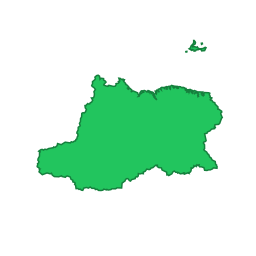 the district of Ambilobe, Diana, Madagascar, rotated 73°
{"feature_id": "10022922B52521872200932", "entity_name": "Ambilobe", "entity_type": "district", "adm_level": 2, "iso_a3": "MDG", "parent_name": "Madagascar", "parent_adm1": "Diana", "projection": "mercator", "projection_center": [49.084, -13.513], "detail": "fine", "context": "isolated", "style": "filled", "palette": "green", "viewbox_px": 256, "rotation_deg": 73, "n_neighbors": 0, "source": "geoboundaries", "source_scale": "gbopen_adm2", "svg_char_len": 5752}
<svg xmlns="http://www.w3.org/2000/svg" viewBox="0 0 256 256"><g transform="rotate(73 128 128)"><path d="M141.8,224.9L143.0,225.1L143.9,225.9L147.6,223.6L147.3,218.6L149.1,215.8L148.9,214.4L150.8,214.2L152.9,212.7L154.4,208.5L154.3,205.5L155.1,205.3L156.8,202.3L156.2,201.3L156.1,200.1L157.9,197.6L160.4,197.5L161.9,196.0L163.4,196.5L164.6,194.8L165.6,194.8L166.2,195.5L167.7,194.9L170.8,195.4L171.3,193.5L172.4,192.8L172.5,191.5L173.7,190.9L174.4,189.5L172.5,187.7L172.8,184.9L173.9,183.5L173.4,181.4L175.1,180.2L176.0,177.5L177.3,177.2L177.5,175.4L179.0,174.5L179.9,172.1L180.1,170.2L179.4,169.0L180.9,166.7L180.5,166.1L181.5,165.2L181.9,162.3L181.4,161.3L182.5,157.6L182.0,156.0L183.5,151.6L179.0,149.8L177.7,146.2L177.0,145.9L176.0,144.3L176.4,142.9L178.8,142.0L179.5,141.1L178.4,139.7L178.5,135.9L177.7,135.6L177.0,134.3L177.5,133.3L176.9,132.3L174.6,131.4L175.4,130.1L175.5,128.1L176.2,126.7L174.7,126.3L174.4,124.2L172.8,122.1L174.0,119.9L173.8,118.5L173.0,117.6L173.2,115.9L171.7,112.4L172.2,110.8L173.3,111.4L174.9,110.1L175.9,107.7L178.1,107.7L181.5,104.0L184.3,104.5L184.4,103.6L185.4,102.9L184.6,99.4L183.1,97.9L182.7,96.3L184.3,95.3L184.9,93.6L185.6,93.6L185.5,92.8L187.1,91.4L187.5,89.1L187.1,88.0L187.3,87.5L187.8,88.2L188.6,87.7L188.4,84.2L189.2,83.0L188.4,83.1L188.6,82.0L187.9,80.7L186.5,79.8L184.7,79.3L185.3,78.0L184.6,76.7L183.4,76.0L184.3,75.3L183.8,73.9L184.6,73.6L183.4,72.8L183.9,72.4L184.0,70.9L184.6,71.4L186.1,70.8L186.5,69.3L188.1,67.0L190.8,67.1L191.7,64.9L191.6,63.0L192.1,61.7L191.8,59.1L191.1,58.1L192.5,54.7L191.0,54.1L190.0,54.4L189.3,54.1L188.4,54.8L185.5,54.4L183.2,56.9L180.8,57.3L179.8,58.3L176.8,58.6L176.1,59.4L174.0,59.8L171.7,61.6L170.8,61.8L170.2,60.8L166.4,59.7L164.4,60.3L163.6,59.6L163.5,57.8L162.9,57.0L155.9,56.4L156.1,54.0L155.0,53.1L154.7,50.4L153.5,48.5L153.9,45.6L153.1,45.5L153.3,44.5L152.9,44.2L151.9,44.8L150.3,43.8L151.0,40.4L150.4,39.0L145.9,35.6L145.6,34.8L141.5,35.2L140.7,34.8L140.5,33.9L139.4,33.5L136.4,35.8L136.2,36.5L134.1,35.8L130.7,37.7L129.1,37.6L128.2,39.0L126.1,39.7L125.5,41.0L124.9,41.0L124.9,40.5L123.5,39.9L124.1,39.3L123.7,39.0L122.7,40.6L121.6,40.1L119.9,40.5L118.7,39.6L117.9,40.5L116.4,44.6L117.5,45.5L118.9,45.8L119.3,46.6L118.8,47.1L118.7,46.2L117.3,46.6L115.5,46.0L115.7,47.2L117.0,47.5L117.3,48.4L116.7,47.7L115.1,47.1L114.1,49.9L114.9,51.1L116.5,50.7L117.6,51.6L118.3,51.3L118.5,51.9L117.1,51.8L116.4,51.0L114.7,51.4L114.2,53.3L115.0,55.0L113.8,53.6L114.2,52.1L113.8,51.0L113.2,51.5L111.6,53.5L112.4,55.2L113.7,56.1L113.2,56.4L112.4,55.8L111.9,56.8L113.4,57.0L111.6,57.0L111.7,55.5L111.3,55.0L109.8,56.8L109.9,57.6L111.6,59.0L110.3,58.8L111.2,59.7L111.4,60.8L109.2,58.1L109.0,59.4L110.1,59.7L110.6,61.2L108.7,60.2L108.5,61.1L109.2,62.4L107.3,61.0L107.0,62.3L106.4,62.9L107.0,62.0L106.7,61.7L105.5,62.9L105.1,64.0L105.4,64.5L103.9,65.8L103.3,67.2L103.5,67.8L105.3,68.5L104.6,68.5L104.2,69.1L105.0,69.8L103.9,69.4L103.9,68.4L102.7,68.5L102.3,69.6L102.9,69.9L101.7,70.8L101.3,72.1L101.8,72.7L102.2,71.9L103.0,71.6L103.2,72.5L101.8,73.1L100.8,72.6L100.0,73.9L100.4,75.0L103.2,76.2L102.3,76.8L101.7,76.2L100.5,76.1L100.0,76.5L100.8,78.8L103.0,79.5L100.9,79.4L99.8,78.8L99.6,79.4L100.3,81.0L101.2,81.3L100.8,81.7L99.8,81.1L99.5,83.1L99.0,83.6L99.3,85.0L101.2,85.1L99.8,85.9L99.8,87.8L100.7,88.5L102.1,87.7L102.9,88.2L102.1,88.1L100.2,89.4L101.0,90.8L100.8,91.2L101.7,91.2L102.6,90.3L103.7,91.0L103.3,91.2L102.3,90.7L103.6,93.6L105.8,93.0L106.3,93.7L108.1,92.5L109.6,92.3L106.3,94.1L104.5,93.6L104.9,94.9L104.5,94.4L103.4,94.4L101.6,93.5L100.9,94.0L101.6,95.4L100.3,95.1L99.6,96.0L100.5,96.7L98.8,96.8L98.4,97.3L99.3,97.9L98.3,98.3L99.2,99.3L99.3,100.0L98.7,99.2L96.8,101.6L97.2,103.2L98.3,102.7L98.3,103.6L96.6,103.5L96.4,104.4L97.7,106.2L98.5,106.6L98.5,105.2L99.2,104.4L98.7,105.3L99.0,106.5L100.9,108.1L100.8,108.9L99.9,107.6L98.7,108.5L97.2,108.5L94.1,112.2L94.3,114.8L93.8,113.6L92.9,113.2L90.7,114.5L90.6,115.6L91.4,116.9L90.4,116.2L89.7,116.8L89.2,115.2L86.9,116.2L85.6,117.5L84.8,117.2L82.2,118.5L80.8,117.3L80.3,118.4L80.9,119.4L79.8,118.7L79.5,120.2L78.3,120.9L77.7,122.2L80.6,122.1L80.7,123.5L81.6,123.1L82.3,124.1L82.1,126.5L83.0,126.6L84.3,128.0L83.9,129.9L81.6,133.8L81.6,134.5L82.3,134.9L82.1,135.7L80.0,138.5L79.3,138.4L77.7,135.6L76.6,135.9L75.1,137.3L73.6,136.9L72.5,139.3L73.2,140.5L70.1,140.1L68.8,141.1L68.7,142.7L69.7,144.8L71.4,144.8L72.0,145.4L73.3,148.4L75.4,149.0L76.7,150.3L77.8,150.1L79.3,148.8L81.5,147.9L83.4,150.0L85.4,150.1L87.8,151.1L89.0,152.2L88.6,154.2L91.1,153.6L92.8,155.4L92.7,156.6L93.7,157.5L93.4,159.1L92.9,159.3L93.8,161.3L94.5,161.8L94.1,162.6L96.3,163.0L98.0,162.3L100.2,164.0L100.8,165.5L100.2,166.5L100.5,167.9L103.9,169.2L105.1,170.6L108.0,171.6L109.4,173.1L111.9,173.0L112.8,175.4L115.4,176.3L116.8,177.8L117.9,178.4L119.0,177.7L121.0,178.2L121.6,179.1L123.6,180.2L123.7,181.1L125.0,182.0L124.8,183.0L125.4,184.9L124.6,186.3L125.4,187.5L123.2,192.2L124.4,196.7L122.3,199.9L124.1,200.9L125.2,203.3L124.4,204.6L125.0,205.2L124.4,210.1L124.9,211.9L124.0,213.7L124.4,215.4L123.5,216.1L123.2,217.4L123.9,219.8L124.1,220.1L124.7,218.9L125.2,218.9L125.6,219.8L129.1,220.9L131.0,222.9L132.4,223.6L134.2,223.1L135.3,223.8L135.6,224.9L136.3,224.9L138.1,226.1L138.8,226.0L140.0,224.8L141.1,224.8L141.5,224.2L141.8,224.9ZM75.8,35.0L76.4,32.1L74.0,29.9L73.4,30.6L73.9,33.2L73.2,36.4L71.8,37.8L70.7,38.0L70.9,38.8L69.6,40.7L69.4,42.4L68.7,42.4L68.0,41.7L67.3,39.3L66.1,38.5L65.0,38.6L63.6,39.2L63.5,39.6L65.3,40.1L66.6,41.2L67.9,43.6L69.7,45.0L70.1,46.4L72.5,44.3L72.4,43.8L71.6,44.1L71.7,43.5L73.0,42.1L73.8,42.3L74.0,40.8L73.2,39.8L73.7,38.0L73.3,37.2L74.4,35.1L75.8,35.0ZM69.5,33.2L69.3,32.2L68.5,32.2L68.4,33.1L69.5,33.2ZM72.4,50.3L72.4,49.4L71.9,49.3L71.8,50.3L72.4,50.3Z" fill="#22c55e" stroke="#15803d" stroke-width="1.5"/></g></svg>